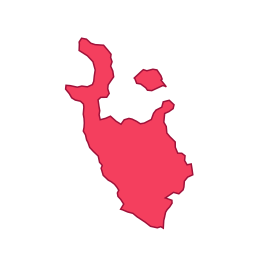 Wanju-gun, North Jeolla, South Korea, rotated 137°
{"feature_id": "91817680B60221740281290", "entity_name": "Wanju-gun", "entity_type": "district", "adm_level": 2, "iso_a3": "KOR", "parent_name": "South Korea", "parent_adm1": "North Jeolla", "projection": "orthographic", "projection_center": [127.185, 35.873], "detail": "fine", "context": "isolated", "style": "filled", "palette": "rose", "viewbox_px": 256, "rotation_deg": 137, "n_neighbors": 0, "source": "geoboundaries", "source_scale": "gbopen_adm2", "svg_char_len": 1908}
<svg xmlns="http://www.w3.org/2000/svg" viewBox="0 0 256 256"><g transform="rotate(137 128 128)"><path d="M170.5,30.7L164.8,36.1L162.6,37.5L157.9,40.8L155.0,41.6L151.3,41.9L147.0,43.0L145.2,45.2L148.4,51.4L138.6,49.9L135.7,45.2L129.9,45.2L127.4,46.7L123.0,50.7L117.9,51.4L112.5,49.6L109.2,54.3L106.3,58.6L109.9,60.8L108.8,65.6L105.2,68.8L105.9,72.8L108.8,75.7L106.6,81.6L103.0,85.6L103.3,93.2L103.0,97.9L99.0,103.0L97.9,107.8L94.6,110.7L91.3,113.6L86.9,112.1L81.8,111.4L78.5,113.6L78.9,120.1L81.2,121.4L84.4,123.1L89.1,120.2L95.3,122.0L99.3,121.3L105.1,118.3L112.8,120.5L116.1,122.7L117.2,127.1L119.0,131.8L120.8,134.4L125.2,136.6L130.6,135.5L132.1,141.0L132.8,148.6L137.9,150.4L142.7,153.0L140.1,157.4L136.9,159.9L134.3,163.9L130.7,169.0L127.0,169.0L122.6,165.0L118.2,166.1L116.1,170.5L113.1,173.1L108.4,174.2L103.6,175.2L100.3,180.0L98.5,185.1L97.3,185.8L94.5,187.3L92.7,191.3L90.1,193.5L89.7,198.6L89.4,205.2L89.7,205.5L95.2,211.4L97.4,215.4L97.8,221.3L100.7,225.3L105.1,224.2L106.5,222.4L110.9,218.0L108.4,208.5L108.4,200.4L112.4,192.8L117.1,189.1L121.2,185.5L124.4,184.0L129.6,185.8L133.2,190.2L137.2,192.4L141.3,198.3L144.2,201.5L147.1,199.0L147.5,193.1L148.6,188.4L147.5,184.4L144.5,180.0L144.2,176.0L146.0,173.4L151.3,168.6L153.6,165.0L156.6,161.4L159.8,158.4L162.8,156.2L163.8,151.9L166.4,147.5L167.1,144.9L169.3,139.8L169.3,134.4L168.9,127.8L172.2,122.3L172.2,119.4L172.5,118.0L175.1,116.9L178.4,110.3L178.0,103.4L176.9,100.1L176.2,96.1L176.5,92.1L177.2,88.8L180.1,87.7L182.0,84.8L182.0,80.8L183.0,75.3L188.8,73.6L187.8,72.0L185.6,67.0L182.6,62.2L181.9,56.8L179.7,47.7L178.6,40.8L174.6,35.0L171.3,33.5L170.5,30.7ZM71.9,132.0L71.2,140.5L69.7,140.5L68.3,143.8L67.2,150.7L69.7,154.0L75.2,157.0L77.0,160.2L80.3,160.3L89.4,160.3L89.4,159.2L91.2,154.8L88.7,151.5L87.6,145.3L88.0,142.4L85.1,139.1L79.6,137.3L73.8,135.4L72.7,134.0L71.9,132.0Z" fill="#f43f5e" stroke="#9f1239" stroke-width="1.5"/></g></svg>